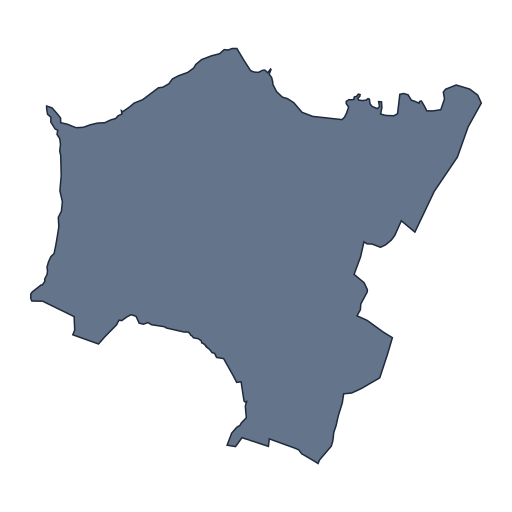 outline of Leimatu'a, Vava'u, Tonga
{"feature_id": "48082658B84329148637899", "entity_name": "Leimatu'a", "entity_type": "district", "adm_level": 2, "iso_a3": "TON", "parent_name": "Tonga", "parent_adm1": "Vava'u", "projection": "robinson", "projection_center": [-173.972, -18.596], "detail": "fine", "context": "isolated", "style": "filled", "palette": "slate", "viewbox_px": 512, "rotation_deg": 0, "n_neighbors": 0, "source": "geoboundaries", "source_scale": "gbopen_adm2", "svg_char_len": 3053}
<svg xmlns="http://www.w3.org/2000/svg" viewBox="0 0 512 512"><path d="M318.1,463.5L319.5,460.0L327.5,450.6L331.2,446.3L332.7,441.5L333.2,438.1L333.8,432.4L336.1,425.6L338.2,416.1L342.3,402.9L343.7,393.8L351.7,393.0L361.6,388.4L369.6,383.7L379.2,378.2L379.8,377.7L386.8,356.4L387.0,356.3L386.9,356.3L392.4,337.7L383.0,331.9L367.2,320.4L357.0,315.8L360.4,309.7L360.8,304.0L367.2,292.0L367.4,289.7L364.1,282.7L354.1,274.4L360.5,257.1L364.0,241.8L366.9,243.8L372.2,244.1L380.5,247.3L385.5,244.9L391.3,240.1L394.9,235.2L401.3,220.8L414.9,232.1L434.3,191.3L457.4,157.1L468.1,126.9L481.3,103.1L477.7,95.1L469.8,89.1L456.2,85.0L445.6,89.2L443.3,92.1L444.5,98.9L440.8,109.7L433.0,110.9L426.8,110.9L424.7,106.6L421.4,101.0L419.6,101.4L419.0,103.2L414.8,101.3L411.3,100.1L408.1,94.8L403.7,93.5L399.8,94.3L398.9,102.3L397.5,113.8L393.7,115.8L385.6,115.4L380.6,114.0L381.9,107.6L381.5,101.8L378.6,101.6L379.5,106.7L377.2,108.6L372.0,106.4L370.0,103.7L369.4,99.1L368.1,98.6L366.0,100.1L362.8,100.6L358.6,100.1L357.9,98.3L359.8,96.4L360.1,94.6L358.3,94.1L356.5,96.4L354.4,96.9L354.0,97.8L354.2,99.3L351.3,99.8L349.0,99.6L346.2,101.4L346.2,103.5L348.6,107.2L346.3,113.6L344.5,117.2L342.0,119.6L312.7,116.4L309.9,115.3L302.0,112.3L293.8,102.7L287.4,98.6L282.3,97.1L276.5,91.5L272.8,84.3L272.8,82.3L271.7,77.7L269.2,74.1L271.0,69.6L270.6,69.0L267.7,72.7L264.9,70.1L262.6,70.3L258.3,72.4L253.8,72.0L250.5,70.5L243.6,59.8L236.9,48.5L232.1,48.5L228.2,50.0L224.2,49.6L219.6,53.7L211.5,55.8L201.7,59.5L195.7,64.5L193.9,67.8L187.8,72.4L178.6,75.7L172.3,79.0L169.0,83.7L162.9,87.2L158.4,87.8L153.0,91.9L142.6,99.7L134.1,103.1L129.5,107.0L122.7,111.7L121.4,110.7L121.9,114.0L117.9,115.9L115.7,118.5L111.0,119.8L104.7,122.7L97.4,123.1L90.2,124.8L83.4,127.3L76.0,127.7L67.0,124.1L60.7,122.7L60.6,118.1L58.0,114.7L52.1,107.9L46.6,106.0L46.6,108.3L47.6,114.4L50.9,117.2L50.8,122.1L55.1,128.9L57.7,130.3L57.0,134.4L59.7,138.6L60.5,144.4L59.7,151.1L60.7,155.4L61.2,175.7L59.9,190.8L62.4,201.7L61.4,211.2L58.3,217.3L58.8,226.8L57.7,233.9L55.9,244.6L54.1,253.5L50.9,256.6L48.5,261.8L47.0,267.0L47.5,271.4L47.0,274.5L44.7,279.0L44.8,281.5L42.1,285.1L41.0,285.0L36.5,288.6L32.3,291.9L30.8,294.0L30.7,298.1L31.8,301.0L42.6,301.2L74.1,316.6L74.7,330.1L72.8,334.8L98.5,344.0L104.9,336.7L110.1,331.4L116.5,324.9L119.0,320.2L121.8,320.6L127.2,316.7L131.2,314.7L136.0,316.3L139.2,323.2L143.3,324.2L148.1,322.6L151.4,324.7L164.3,326.7L166.4,328.0L183.9,332.0L188.2,332.1L189.9,333.6L190.6,335.1L192.4,336.3L193.4,337.8L198.3,338.7L201.3,340.9L201.7,342.9L203.0,343.3L203.9,344.1L204.5,344.2L205.5,345.7L206.1,345.9L205.9,346.4L206.4,347.1L207.5,347.5L208.1,348.5L209.0,348.8L210.4,350.4L212.0,352.6L214.6,353.3L216.5,357.4L223.6,358.6L232.7,374.8L232.9,375.1L236.7,382.4L241.1,381.8L242.2,389.1L244.0,401.0L245.2,402.0L246.6,401.5L245.3,406.2L246.3,417.8L241.4,422.8L239.9,425.5L238.9,426.0L236.8,427.2L231.7,433.1L227.1,445.2L235.5,446.6L242.0,437.7L268.4,446.4L269.3,438.9L294.7,448.1L298.8,449.9L301.7,453.8L309.0,458.0L318.1,463.5Z" fill="#64748b" stroke="#1e293b" stroke-width="1.5"/></svg>